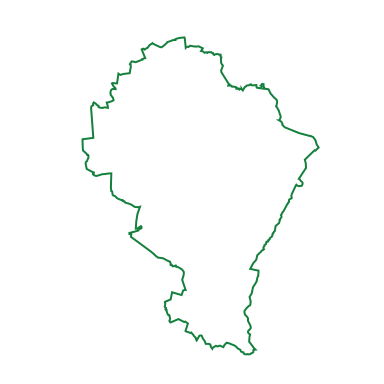 Santa Catarina, Guanajuato, Mexico, rotated 10°
{"feature_id": "50627088B8420918184239", "entity_name": "Santa Catarina", "entity_type": "district", "adm_level": 2, "iso_a3": "MEX", "parent_name": "Mexico", "parent_adm1": "Guanajuato", "projection": "orthographic", "projection_center": [-100.077, 21.141], "detail": "fine", "context": "isolated", "style": "outline", "palette": "green", "viewbox_px": 384, "rotation_deg": 10, "n_neighbors": 0, "source": "geoboundaries", "source_scale": "gbopen_adm2", "svg_char_len": 5923}
<svg xmlns="http://www.w3.org/2000/svg" viewBox="0 0 384 384"><g transform="rotate(10 192 192)"><path d="M110.0,73.8L108.6,76.9L109.3,77.4L109.7,77.6L110.0,79.7L110.0,85.8L103.9,87.7L101.1,89.1L99.0,88.2L99.3,98.1L94.9,98.5L94.3,99.0L96.4,101.6L98.6,103.1L98.9,104.0L96.3,104.2L95.4,104.7L94.6,105.8L94.3,107.9L94.5,108.7L94.9,109.3L95.0,110.5L96.1,111.3L96.4,111.8L97.8,112.9L98.8,115.1L98.8,115.4L96.6,116.9L94.1,118.2L92.5,118.7L94.2,122.2L94.6,123.7L91.4,123.8L89.0,124.8L87.9,124.9L85.4,124.7L85.1,124.4L85.0,123.4L83.4,122.9L82.2,121.9L79.8,120.8L79.3,121.8L79.3,123.1L79.7,123.5L78.7,124.6L78.1,125.0L78.1,126.2L78.0,126.6L85.4,155.8L75.0,159.1L77.0,168.5L77.5,170.1L81.3,172.5L81.9,173.0L82.2,173.7L82.5,173.8L82.9,173.4L83.1,173.5L83.4,173.7L83.8,174.3L84.0,176.6L83.6,177.8L83.2,179.9L82.6,180.4L82.6,180.8L82.3,181.1L82.2,182.2L84.3,187.6L90.6,189.6L92.0,189.8L92.1,190.2L91.3,190.8L91.3,191.6L91.7,192.0L93.7,192.8L95.4,192.7L100.7,190.0L102.9,189.5L107.2,188.1L109.3,187.7L111.4,202.0L112.3,205.0L112.9,205.0L113.4,205.8L114.4,208.6L115.0,209.1L116.4,209.3L117.6,209.8L118.7,210.8L119.5,211.2L122.2,211.9L124.1,212.2L125.1,212.0L125.3,212.3L125.4,212.9L127.1,212.9L127.5,213.8L129.7,214.3L131.1,214.3L133.7,214.8L134.8,215.1L137.3,216.3L138.4,216.6L140.4,216.5L142.4,216.1L143.3,215.6L142.1,223.2L142.2,230.1L143.0,237.9L144.5,237.6L147.6,234.5L148.4,235.2L148.5,236.5L147.5,237.0L146.1,238.3L145.8,239.3L142.0,241.2L139.9,242.0L138.8,242.8L137.5,243.1L137.7,244.3L139.5,244.0L139.7,246.8L161.7,257.7L165.2,259.7L167.2,261.1L170.1,262.6L171.1,262.4L175.1,262.3L179.4,263.8L182.5,264.5L182.6,265.1L183.4,265.9L183.4,267.2L183.6,267.6L185.0,267.5L185.8,268.5L186.9,268.3L188.8,267.2L189.3,267.8L189.5,268.4L191.1,268.3L195.2,269.8L196.2,270.5L197.9,272.3L198.2,275.1L197.6,280.2L202.7,289.6L201.4,289.9L200.4,290.5L199.6,295.3L189.8,294.2L189.6,301.6L187.6,302.8L186.5,303.7L185.9,303.8L185.2,304.4L184.7,305.0L184.4,305.1L184.6,305.8L185.1,306.6L185.1,309.7L185.5,310.3L186.6,310.8L186.6,311.2L186.3,312.4L186.6,312.6L187.1,312.8L187.6,312.8L187.7,313.8L188.5,315.3L189.5,316.9L189.7,317.1L190.2,317.1L190.6,317.5L191.0,317.3L191.4,317.9L192.4,320.5L192.3,322.0L192.1,322.8L192.5,323.0L192.6,323.5L193.1,324.0L193.4,324.2L194.5,323.6L200.7,319.5L206.9,321.4L207.8,320.8L210.8,322.2L209.7,330.0L210.6,330.4L212.9,330.7L214.7,331.1L215.7,330.5L216.5,331.3L218.3,332.6L218.6,333.2L219.1,333.6L221.1,335.0L221.3,335.8L221.6,336.5L222.4,337.4L224.2,332.3L225.0,331.9L226.0,331.7L226.6,331.9L228.1,334.4L230.4,336.6L231.9,339.2L234.4,338.7L236.1,338.8L236.7,339.2L237.2,340.9L239.2,342.9L239.5,341.8L242.3,339.3L244.0,339.7L245.9,338.5L249.8,339.3L250.6,336.9L252.3,334.4L254.7,334.6L260.1,335.7L262.1,336.5L264.4,338.2L266.9,339.0L268.1,340.7L270.6,341.0L270.8,341.9L271.9,342.6L274.0,342.4L274.6,342.0L275.6,342.2L277.5,341.5L278.2,340.7L278.6,340.6L280.1,339.3L280.0,336.8L281.9,336.2L280.3,335.1L274.3,329.5L273.8,325.0L273.9,322.1L272.4,321.5L271.5,320.3L271.4,319.6L271.7,318.7L273.3,316.4L273.5,315.4L272.6,313.3L269.5,309.2L269.1,306.7L268.0,305.4L265.8,303.8L265.4,303.3L264.5,301.4L264.4,300.1L264.6,299.4L266.2,296.4L268.1,294.0L268.9,293.5L269.0,293.0L268.8,289.5L266.9,285.4L268.4,281.5L268.6,275.2L271.1,269.2L271.3,264.9L271.5,263.7L271.8,263.3L271.2,257.9L262.7,257.6L264.6,251.6L267.0,247.7L267.3,242.9L270.1,239.1L271.1,237.3L272.2,236.7L272.8,235.9L272.2,235.2L272.0,234.5L272.1,233.8L272.7,232.8L272.5,231.8L273.9,230.3L274.0,228.0L275.3,227.8L275.7,227.3L275.4,226.3L275.7,226.0L276.3,225.7L276.7,225.1L276.5,224.7L276.6,224.1L277.3,223.2L278.3,222.2L278.4,221.7L278.7,221.3L278.7,220.5L278.5,220.0L279.0,219.0L278.8,218.6L279.0,218.3L279.4,218.0L279.6,216.9L280.3,216.1L280.3,210.9L283.1,207.5L283.5,204.3L283.1,204.1L284.5,201.1L284.2,200.0L283.7,199.4L283.7,199.0L284.1,198.4L284.5,196.6L285.4,195.2L288.1,187.0L288.6,186.5L288.6,185.7L289.3,184.8L288.9,183.0L289.6,182.0L291.2,180.9L291.2,180.2L290.7,179.4L290.5,178.3L290.7,176.5L293.1,167.6L293.5,166.7L294.7,167.5L296.3,167.7L298.8,166.9L299.2,166.4L299.5,164.8L299.4,163.9L298.7,163.1L297.1,162.1L295.9,160.9L294.9,160.6L300.1,148.5L299.1,144.1L297.5,140.6L305.4,129.7L306.3,129.9L309.0,126.3L306.6,123.6L304.5,119.5L301.8,116.9L299.0,116.2L298.9,116.4L287.2,115.4L272.2,112.2L269.3,110.2L269.3,109.2L268.0,107.5L266.5,106.7L265.1,106.2L265.7,106.0L266.4,102.6L263.1,96.4L262.5,95.9L260.9,93.7L259.9,93.0L260.2,91.6L260.3,89.3L259.9,87.4L259.1,86.3L256.5,84.8L252.2,81.3L249.6,77.7L249.3,77.5L244.3,77.8L245.0,76.6L244.0,75.4L243.8,73.4L242.4,73.3L241.3,75.2L241.5,75.2L242.3,76.3L242.2,77.3L242.4,77.6L242.2,78.0L242.5,78.1L241.5,77.9L238.1,78.1L237.4,77.6L236.8,75.5L233.1,76.5L231.9,76.4L231.9,76.1L231.6,75.8L230.8,75.9L230.3,76.2L229.4,77.1L227.5,77.6L226.7,78.8L226.0,79.2L225.4,80.3L225.1,81.5L224.6,82.1L224.4,83.1L223.4,82.3L222.8,81.6L222.9,82.1L222.7,82.3L220.7,82.0L220.6,82.7L220.3,82.5L217.6,82.5L217.6,82.0L218.3,81.7L217.1,81.1L215.2,81.0L213.0,81.3L212.7,81.2L212.5,80.6L211.6,80.4L209.2,81.0L209.2,80.4L209.9,79.4L209.5,79.3L200.2,69.0L199.6,67.3L200.5,62.4L200.4,62.0L200.0,61.9L198.4,60.0L197.8,58.0L197.3,55.4L197.6,54.3L197.0,54.1L196.6,53.7L196.5,52.1L196.2,51.7L195.1,52.1L193.4,51.6L190.4,52.6L190.2,53.1L189.2,52.8L188.7,51.6L187.6,51.6L186.8,50.9L185.4,51.3L183.7,51.4L183.1,52.3L182.3,52.2L182.0,51.9L180.1,52.7L178.6,51.7L176.4,51.6L177.7,48.6L173.2,47.4L170.3,48.2L170.0,48.1L169.2,48.3L164.7,48.3L164.1,49.0L163.7,49.3L163.4,49.8L163.1,49.9L162.4,49.7L161.5,50.0L160.8,51.1L158.3,42.2L157.7,41.1L153.7,42.2L151.2,43.2L149.7,44.0L148.9,44.6L149.2,45.2L146.9,45.7L145.0,46.9L141.6,48.7L141.4,49.4L139.8,51.6L138.4,53.3L136.8,54.8L134.8,54.7L127.2,52.6L127.1,52.4L125.3,54.2L124.8,54.5L123.3,57.5L122.7,58.2L122.2,58.3L120.6,60.0L120.1,59.8L119.5,59.3L118.5,59.6L118.3,60.0L117.7,60.3L122.7,68.3L121.3,68.9L119.9,69.8L120.2,70.2L114.1,73.9L110.0,73.8Z" fill="none" stroke="#15803d" stroke-width="2"/></g></svg>